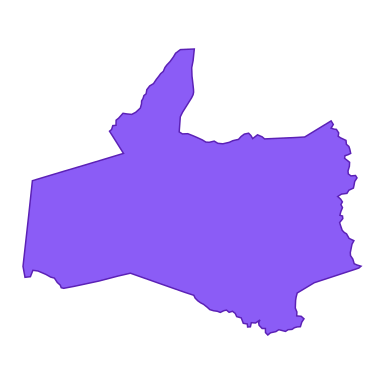 outline of Bom Conselho, Pernambuco, Brazil
{"feature_id": "56859067B86155834200709", "entity_name": "Bom Conselho", "entity_type": "district", "adm_level": 2, "iso_a3": "BRA", "parent_name": "Brazil", "parent_adm1": "Pernambuco", "projection": "albers", "projection_center": [-36.642, -9.181], "detail": "fine", "context": "isolated", "style": "filled", "palette": "violet", "viewbox_px": 384, "rotation_deg": 0, "n_neighbors": 0, "source": "geoboundaries", "source_scale": "gbopen_adm2", "svg_char_len": 2405}
<svg xmlns="http://www.w3.org/2000/svg" viewBox="0 0 384 384"><path d="M331.1,120.9L304.7,137.0L293.9,137.6L264.6,138.9L262.1,136.8L257.5,134.8L252.7,138.6L250.9,135.5L248.6,133.2L244.3,134.1L241.1,136.5L238.5,139.4L235.7,140.0L232.8,140.7L229.3,142.3L222.8,143.8L217.8,143.3L214.2,141.1L209.2,142.3L205.9,142.1L202.3,139.9L197.3,137.6L192.9,135.7L187.8,133.7L182.4,133.9L179.2,131.9L180.3,116.8L182.5,112.3L191.6,97.8L193.1,94.7L193.6,92.2L193.5,89.4L192.6,81.2L192.0,76.2L191.7,67.8L193.1,60.6L194.3,49.0L180.4,49.6L175.6,53.2L173.5,56.8L170.2,61.4L166.9,64.9L165.0,67.4L163.3,71.4L160.7,73.6L158.6,76.5L156.3,79.4L153.5,83.6L149.7,85.9L146.8,89.7L146.1,93.8L143.9,95.6L143.0,98.6L141.6,100.9L141.5,103.9L140.3,108.1L135.7,112.3L131.7,114.4L126.7,113.9L123.0,113.3L118.6,118.2L116.1,120.2L116.0,125.3L112.8,125.6L111.6,129.5L109.5,131.2L112.7,136.2L123.5,153.4L88.0,164.1L65.0,170.9L32.4,180.7L28.7,215.3L23.0,266.4L25.0,277.3L30.4,276.7L32.9,270.3L38.0,271.0L45.9,274.4L50.7,277.1L54.4,278.1L57.3,282.5L60.3,285.2L61.2,287.7L63.7,288.3L73.9,286.4L99.1,281.0L117.8,276.1L130.4,273.2L158.2,283.0L184.7,292.3L193.8,295.3L195.2,298.2L197.8,300.8L200.6,302.8L203.5,304.3L207.3,307.3L209.8,309.6L213.4,310.7L217.4,311.3L220.3,312.4L223.8,310.7L226.5,310.1L229.1,312.3L232.5,311.3L235.2,313.4L236.7,316.6L241.2,317.9L243.3,323.3L247.3,324.0L247.6,327.0L250.4,326.8L251.3,322.7L255.6,323.0L260.0,319.9L258.6,322.7L259.1,325.3L262.1,328.5L265.4,328.5L265.5,332.6L267.8,335.0L270.5,332.8L275.9,331.6L278.8,329.7L285.5,331.4L288.1,329.7L292.0,329.4L294.5,327.7L297.3,326.9L300.4,326.7L301.8,322.1L304.0,318.8L301.2,316.3L296.7,315.9L296.9,312.0L295.3,308.1L295.6,300.4L296.1,297.2L297.2,293.0L314.3,282.7L356.1,269.0L358.9,268.0L361.0,266.2L357.1,265.0L354.2,263.7L352.8,259.0L350.5,255.6L350.3,252.6L352.0,244.2L353.9,240.7L349.1,238.4L346.5,233.8L344.3,232.5L342.2,230.3L340.6,225.7L339.6,222.6L342.8,218.6L342.5,216.0L339.9,215.3L340.8,211.7L342.5,207.6L340.9,204.6L342.4,201.9L340.6,199.1L337.7,196.5L341.5,194.1L346.9,193.4L348.9,190.2L353.4,188.1L354.0,185.4L354.7,181.5L357.0,177.9L355.5,175.5L350.9,175.9L348.3,173.9L348.0,171.0L349.4,166.3L349.6,162.3L344.6,158.3L345.0,155.7L347.8,154.8L350.7,153.4L349.8,149.2L348.9,146.5L346.4,144.3L346.0,140.4L340.5,137.8L338.2,136.3L338.7,132.9L336.4,129.4L333.9,129.1L331.1,128.1L333.3,124.5L331.1,120.9Z" fill="#8b5cf6" stroke="#5b21b6" stroke-width="1.5"/></svg>